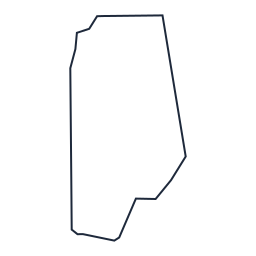 outline of Vance, North Carolina, United States of America
{"feature_id": "52423323B47180624843803", "entity_name": "Vance", "entity_type": "district", "adm_level": 2, "iso_a3": "USA", "parent_name": "United States of America", "parent_adm1": "North Carolina", "projection": "robinson", "projection_center": [-78.426, 36.354], "detail": "fine", "context": "isolated", "style": "outline", "palette": "slate", "viewbox_px": 256, "rotation_deg": 0, "n_neighbors": 0, "source": "geoboundaries", "source_scale": "gbopen_adm2", "svg_char_len": 337}
<svg xmlns="http://www.w3.org/2000/svg" viewBox="0 0 256 256"><path d="M162.5,15.4L107.2,16.0L104.8,16.0L97.1,16.2L89.2,28.8L76.9,32.8L75.4,49.1L70.3,68.2L71.3,180.5L71.7,229.6L77.5,234.2L82.8,234.1L114.3,240.6L119.2,237.5L135.9,198.6L155.6,199.0L171.0,180.2L185.7,156.5L162.5,15.4Z" fill="none" stroke="#1e293b" stroke-width="2"/></svg>